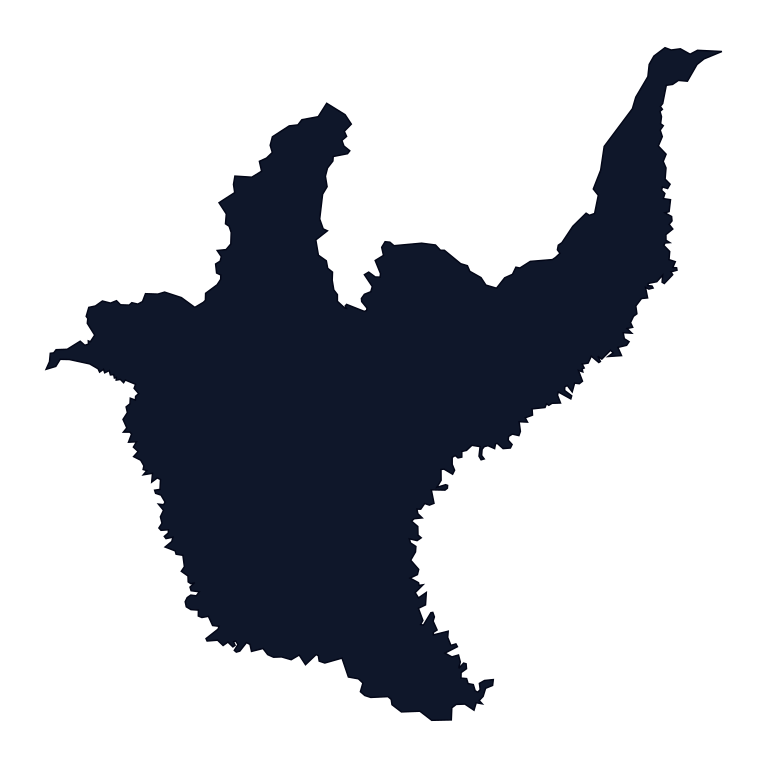 Matsoku, Leribe, Lesotho
{"feature_id": "5366337B96273842849421", "entity_name": "Matsoku", "entity_type": "district", "adm_level": 2, "iso_a3": "LSO", "parent_name": "Lesotho", "parent_adm1": "Leribe", "projection": "orthographic", "projection_center": [28.558, -29.136], "detail": "fine", "context": "isolated", "style": "filled", "palette": "ink", "viewbox_px": 768, "rotation_deg": 0, "n_neighbors": 0, "source": "geoboundaries", "source_scale": "gbopen_adm2", "svg_char_len": 6093}
<svg xmlns="http://www.w3.org/2000/svg" viewBox="0 0 768 768"><path d="M418.5,582.7L410.0,578.1L417.4,574.6L418.7,569.4L410.7,560.2L415.5,551.9L415.9,546.5L410.5,542.9L409.3,538.8L417.1,540.6L421.2,537.8L418.0,535.1L417.8,526.5L411.5,521.1L414.2,518.7L422.2,517.9L417.9,513.8L416.9,509.1L420.7,509.2L424.7,503.5L429.4,505.1L434.0,503.3L431.3,489.8L445.0,490.1L447.4,488.2L447.6,485.4L445.6,484.7L436.8,487.4L441.1,480.3L441.0,469.5L444.0,469.1L452.6,474.2L454.6,470.2L452.2,464.4L452.2,457.4L455.2,455.5L458.0,457.9L461.8,457.1L461.8,451.5L466.5,450.4L471.9,445.3L480.1,446.6L479.0,456.2L481.1,459.8L484.2,458.9L481.6,455.5L482.1,449.3L484.3,446.6L488.0,445.7L494.6,448.6L495.5,443.9L497.2,443.3L503.1,448.6L510.4,448.0L512.1,444.5L508.2,440.2L508.6,436.4L512.4,434.1L518.9,435.6L520.4,431.4L519.1,421.7L527.5,422.1L525.2,417.8L532.5,415.1L532.1,408.9L545.0,407.5L546.5,403.8L548.8,405.3L552.0,403.3L560.5,403.0L557.5,395.2L558.3,392.0L570.8,398.9L571.7,395.8L564.7,390.5L564.7,386.9L567.3,385.5L572.2,391.9L574.6,383.1L579.3,383.7L582.5,381.2L578.4,370.4L582.8,371.9L582.1,368.9L584.2,368.0L582.2,364.1L588.1,363.1L591.3,356.2L598.8,362.5L600.4,361.5L597.8,356.2L601.8,359.1L610.5,350.3L613.2,352.8L608.1,356.5L621.5,355.6L617.9,347.4L626.6,345.3L629.1,341.7L624.3,338.7L623.2,332.7L631.8,333.2L627.0,328.5L632.7,327.3L630.5,322.6L633.5,316.3L636.9,313.8L635.8,306.0L641.5,298.5L647.6,297.9L645.5,287.4L648.8,289.1L653.1,288.0L652.0,286.0L647.8,285.6L648.4,283.4L656.8,281.7L662.6,275.2L662.1,282.2L664.3,283.5L672.7,274.7L670.9,271.9L677.0,270.2L676.6,267.8L672.8,267.5L675.3,261.7L669.0,259.6L669.7,251.5L663.8,245.4L665.1,243.0L669.8,242.6L666.0,240.2L665.9,234.6L672.8,229.0L669.1,224.4L672.0,220.9L671.6,216.5L664.9,212.8L669.1,211.6L670.5,199.7L663.3,198.6L664.9,193.5L661.6,190.3L662.4,187.0L667.6,188.5L670.1,184.2L665.1,179.1L666.0,167.9L663.2,161.4L666.1,154.2L658.3,146.0L662.3,136.6L660.2,130.1L663.3,125.7L660.6,123.7L661.5,116.7L660.0,111.4L662.4,109.3L660.3,106.5L662.7,103.5L666.3,85.3L672.6,84.4L678.4,80.4L687.4,81.2L697.0,64.5L704.0,58.9L721.9,51.5L697.5,50.3L690.1,54.2L680.4,48.8L671.2,50.0L665.0,47.7L653.9,56.1L649.2,64.4L647.9,76.6L635.8,97.1L632.4,108.7L604.2,146.4L600.7,170.1L593.3,189.0L598.3,195.3L594.6,213.5L589.4,215.3L586.1,213.2L572.8,226.3L561.9,242.7L558.3,245.2L557.4,249.8L560.0,253.3L555.5,257.5L552.4,259.6L530.3,261.4L519.9,268.0L515.9,267.2L512.5,274.3L504.7,277.8L496.5,288.2L485.9,285.1L481.0,277.6L469.8,271.3L467.4,265.7L460.7,263.7L444.4,250.3L440.5,250.3L435.5,245.0L421.6,243.2L394.0,245.7L389.9,242.2L385.1,241.7L381.7,247.3L383.5,255.4L375.2,260.5L380.5,273.6L380.1,277.1L375.3,277.0L368.7,272.1L364.4,274.7L372.3,286.5L370.8,291.7L364.4,294.3L361.4,298.5L361.7,301.6L367.0,308.1L366.6,310.5L364.3,311.4L346.6,304.4L345.2,306.0L346.5,308.4L344.9,308.2L337.4,301.3L337.4,294.6L333.8,289.9L332.2,280.2L332.5,272.1L327.7,268.3L326.3,260.8L318.4,255.2L315.8,239.9L327.4,230.8L323.2,228.9L319.7,219.0L322.6,194.2L327.1,186.7L325.4,176.2L327.5,168.0L332.9,161.0L333.2,156.5L347.5,153.7L349.8,150.8L343.9,146.0L341.9,140.4L346.6,136.4L344.3,131.3L351.3,124.1L345.1,114.7L326.7,103.3L318.2,116.7L301.9,119.7L297.9,124.9L289.2,125.9L272.4,136.8L270.2,145.3L272.3,152.5L266.5,158.1L259.4,161.3L261.6,171.2L251.8,177.2L234.9,176.1L233.5,184.4L234.7,192.6L219.0,202.7L226.3,213.9L225.5,223.8L229.1,226.2L231.2,232.5L230.8,244.0L226.1,249.6L217.2,250.5L221.3,256.6L220.2,261.1L215.6,264.0L216.6,273.0L220.8,275.0L220.7,279.3L217.1,284.8L205.6,293.3L205.4,300.3L203.4,302.3L194.8,307.4L181.4,297.6L164.6,292.1L157.9,294.1L145.5,293.7L142.5,301.6L137.8,304.1L131.8,302.7L129.2,305.1L120.5,304.8L116.5,300.7L110.5,303.1L102.4,301.0L95.4,306.0L88.8,307.4L86.2,316.4L87.8,318.5L87.3,323.3L94.7,335.1L90.4,341.7L88.3,340.9L88.5,344.1L84.8,345.3L80.2,341.2L67.2,349.3L56.1,349.7L53.7,352.9L50.3,353.3L49.5,361.7L46.1,369.3L55.8,366.4L60.2,359.3L69.4,359.5L89.7,363.9L98.1,368.8L99.6,372.1L103.5,369.3L104.7,372.8L109.2,370.6L110.4,374.9L113.7,374.6L114.4,378.0L116.3,377.4L116.2,380.1L120.3,379.4L123.6,382.7L125.3,380.0L135.6,384.3L134.1,388.3L138.7,393.6L135.6,396.3L135.4,400.1L130.3,398.2L130.0,403.8L126.1,406.9L127.4,412.6L123.0,419.4L126.8,427.9L123.4,432.1L129.8,432.1L131.6,434.0L128.5,442.2L136.5,441.8L133.4,447.1L138.2,451.5L133.6,456.6L140.7,460.2L143.9,465.8L143.1,469.5L146.8,470.6L143.3,474.8L152.5,473.3L151.7,482.1L157.3,477.9L160.5,479.5L160.0,489.4L154.6,490.2L155.6,493.3L161.0,495.1L165.1,502.1L163.6,504.7L158.4,504.1L163.5,510.3L160.4,516.8L162.0,523.2L158.9,528.0L161.0,530.3L168.4,529.8L168.3,533.0L164.3,536.4L166.0,538.6L172.9,537.2L171.8,541.5L165.1,547.0L175.2,550.9L176.1,554.2L182.9,555.3L184.4,566.7L181.3,571.3L188.0,576.0L188.2,581.9L190.9,583.7L194.8,582.6L190.0,587.1L191.1,590.7L199.3,591.8L196.3,595.8L190.8,595.1L187.2,597.6L185.2,601.7L186.3,606.8L190.9,609.6L198.4,610.1L198.3,616.0L201.9,617.5L208.4,616.3L212.6,625.5L219.1,626.3L218.0,629.2L206.0,638.6L207.1,641.0L217.6,640.2L223.1,645.5L227.9,642.1L232.9,646.9L235.1,645.3L233.5,641.7L235.6,641.0L238.0,644.5L234.3,650.4L236.3,652.1L239.8,651.1L246.5,642.6L250.0,644.4L251.5,651.4L263.0,648.5L267.7,654.6L273.5,657.2L281.6,656.9L291.2,659.7L299.2,655.0L305.5,664.7L316.1,654.6L318.3,655.6L319.2,661.1L324.8,663.0L342.0,658.1L348.4,677.0L358.4,678.8L362.9,683.0L360.4,691.7L364.8,695.5L370.7,697.4L388.0,696.6L391.2,699.4L392.0,704.7L401.4,711.9L419.9,711.2L431.7,720.3L451.3,719.9L451.8,707.8L456.2,704.4L464.9,704.1L474.0,710.2L476.2,702.7L482.2,703.8L479.2,700.5L483.1,696.4L485.6,688.3L492.6,685.4L493.3,679.6L484.5,680.5L479.4,683.4L480.2,689.6L477.8,692.2L475.2,690.8L473.3,684.6L468.1,683.6L466.6,678.6L461.0,678.1L461.1,672.6L466.5,668.7L466.1,663.8L463.6,663.1L458.6,668.6L460.3,662.0L458.5,655.0L451.9,656.9L444.9,653.1L457.4,646.7L455.9,643.9L450.9,645.4L447.7,637.4L448.2,631.2L433.4,634.9L433.3,632.4L437.1,630.0L433.1,621.1L434.4,616.9L432.8,612.4L430.9,612.7L423.4,625.1L420.6,624.5L422.9,620.4L418.4,608.3L425.5,604.9L426.3,592.5L418.5,597.9L415.2,592.6L423.0,584.8L419.1,585.4L418.5,582.7Z" fill="#0f172a" stroke="#020617" stroke-width="1.5"/></svg>